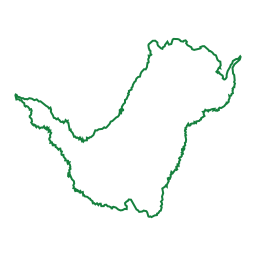 the district of La Esperanza, Norte de Santander, Colombia
{"feature_id": "7082276B65622442021238", "entity_name": "La Esperanza", "entity_type": "district", "adm_level": 2, "iso_a3": "COL", "parent_name": "Colombia", "parent_adm1": "Norte de Santander", "projection": "equal_earth", "projection_center": [-73.378, 7.696], "detail": "fine", "context": "isolated", "style": "outline", "palette": "green", "viewbox_px": 256, "rotation_deg": 0, "n_neighbors": 0, "source": "geoboundaries", "source_scale": "gbopen_adm2", "svg_char_len": 5792}
<svg xmlns="http://www.w3.org/2000/svg" viewBox="0 0 256 256"><path d="M15.7,94.5L15.4,95.3L16.4,99.5L17.9,99.1L19.3,99.5L20.1,100.5L21.5,100.3L22.5,102.1L24.2,103.1L24.6,105.8L25.6,106.6L26.3,106.0L27.9,106.7L29.6,108.9L29.7,109.7L31.1,109.2L31.7,110.8L31.1,112.4L31.3,113.6L30.8,115.0L29.7,116.0L29.7,117.0L31.6,119.0L32.0,121.5L31.2,122.4L32.6,124.6L33.6,125.3L34.0,124.5L35.5,125.3L35.5,126.2L36.4,127.3L37.1,126.4L38.4,126.5L39.6,128.4L41.2,127.5L42.7,127.7L44.0,126.3L44.8,128.2L45.8,128.9L45.5,127.8L46.5,128.3L47.1,127.2L47.6,127.8L47.2,128.3L47.4,129.1L48.3,128.4L48.1,129.6L49.2,129.7L48.8,131.7L50.3,130.9L50.2,132.0L51.2,132.9L50.0,135.0L50.3,137.1L49.3,138.4L49.3,139.6L50.7,141.5L50.4,142.8L52.0,142.5L52.6,144.8L53.4,144.3L53.8,144.5L53.7,145.3L55.5,145.1L55.7,147.1L56.6,147.4L58.4,149.6L59.0,148.8L60.3,148.6L60.8,151.0L61.9,151.5L61.4,153.0L61.5,154.6L62.0,155.0L63.4,154.9L63.6,156.7L65.6,159.1L65.2,160.4L68.0,160.8L68.1,161.4L67.4,162.3L67.7,163.3L68.3,162.5L69.5,162.3L69.0,163.9L69.9,164.8L70.4,167.0L69.8,167.8L70.5,168.9L69.2,170.1L69.6,172.5L68.3,173.1L68.1,176.2L68.7,176.7L70.0,174.8L71.9,179.2L73.9,181.2L74.2,183.6L73.3,185.3L73.9,186.9L73.4,188.2L75.1,188.7L74.9,190.3L75.3,191.1L76.1,190.9L76.4,189.6L77.5,190.1L77.7,191.1L78.7,190.9L79.4,192.2L80.4,191.2L80.8,192.6L82.8,192.0L83.2,195.4L84.1,195.2L84.6,196.3L87.4,196.9L89.2,198.5L90.1,198.7L90.4,199.6L92.7,201.4L92.6,202.7L93.0,203.4L94.1,203.1L95.4,204.4L97.0,203.3L98.4,205.1L99.4,203.8L100.7,203.7L101.3,206.1L103.8,206.1L104.6,204.9L106.2,204.7L107.7,206.3L108.9,206.3L111.1,207.4L111.5,208.4L112.2,208.4L112.7,207.1L113.3,206.8L115.8,207.5L118.4,209.6L120.6,210.4L122.5,210.1L124.7,208.9L126.7,209.1L126.8,206.2L125.4,205.0L125.0,203.1L126.7,201.4L127.7,201.1L128.7,199.5L131.0,199.7L136.5,209.5L138.0,210.3L139.2,211.9L142.3,211.5L143.6,210.6L146.4,211.2L147.2,212.4L148.4,216.4L149.2,216.8L150.4,216.4L151.5,217.1L154.7,215.4L156.9,215.1L157.1,213.6L158.3,213.2L159.7,211.0L160.8,210.6L161.7,207.2L160.8,206.2L162.1,204.5L161.9,203.0L161.0,201.7L162.6,199.7L162.0,196.6L163.2,193.2L162.3,188.5L165.1,186.6L165.7,185.6L166.8,186.6L166.8,184.9L168.8,181.0L168.0,179.6L167.8,178.3L168.7,177.9L169.3,179.1L169.8,179.0L170.7,176.8L170.6,174.7L171.4,174.3L171.1,172.8L171.4,171.8L172.8,173.1L175.3,169.6L176.4,170.0L177.2,169.4L176.3,167.7L176.3,166.8L177.4,166.6L177.5,164.8L178.6,165.5L178.5,163.6L179.2,163.0L179.1,161.4L180.2,159.9L179.1,158.4L180.0,157.3L180.9,157.1L181.8,156.0L181.7,154.6L183.0,153.8L182.7,152.9L181.8,152.5L182.7,151.3L181.9,150.1L182.0,149.1L183.1,148.7L183.1,150.1L184.1,149.6L184.4,148.2L183.4,147.6L183.4,146.9L185.2,145.4L184.9,142.9L185.8,142.1L186.1,139.5L185.3,135.4L186.0,135.0L185.2,133.6L185.8,132.1L184.9,130.9L185.2,129.6L185.9,129.4L185.4,128.0L186.3,127.4L187.0,125.5L188.0,125.1L187.8,124.5L188.2,123.8L189.0,125.6L189.9,125.6L190.7,124.8L190.7,124.0L191.5,123.6L194.3,123.4L194.4,122.0L196.1,123.0L196.4,121.4L199.3,120.9L200.1,119.8L201.0,119.5L201.1,118.2L204.5,116.0L203.6,114.0L203.8,112.8L203.0,111.8L204.5,111.4L205.3,109.8L206.3,110.5L207.1,110.2L208.2,111.3L209.0,110.0L209.8,110.3L211.1,109.5L212.3,109.1L213.0,109.5L213.4,108.9L214.5,108.8L213.7,110.3L214.6,110.0L215.6,110.6L216.7,109.9L217.2,110.8L218.9,110.0L218.7,108.7L219.5,107.7L221.2,108.0L224.3,106.1L226.6,103.1L226.7,101.7L227.2,103.2L228.7,101.8L228.7,100.0L229.7,97.9L229.3,95.7L229.9,96.1L231.2,95.5L231.5,94.0L232.9,93.2L232.5,90.7L233.0,89.7L232.5,88.8L233.7,87.1L234.3,87.2L234.5,84.8L235.0,83.6L234.1,82.0L234.7,80.5L234.2,75.0L233.1,73.6L232.5,67.9L234.4,64.4L239.8,59.6L240.6,56.9L240.2,56.3L238.3,58.8L236.0,59.1L232.9,61.0L232.1,63.6L230.7,65.0L230.2,66.7L227.7,71.0L226.7,74.5L226.6,77.4L225.2,79.2L224.2,79.5L222.7,78.3L223.0,77.3L222.6,75.6L219.6,73.6L219.2,72.3L218.3,72.0L217.7,72.9L216.4,71.8L217.6,70.4L218.6,68.1L219.1,67.7L220.1,68.1L219.7,67.0L220.7,65.4L220.3,61.6L219.0,61.2L217.5,59.8L216.0,55.4L213.8,54.4L212.4,52.5L210.2,51.0L209.2,51.1L208.5,49.9L204.3,46.2L202.7,46.2L200.3,47.1L200.6,48.3L199.8,48.6L194.2,49.9L192.1,49.2L191.3,47.2L187.5,45.2L186.1,43.2L186.9,41.9L185.6,40.4L183.9,40.8L183.2,41.6L180.8,41.2L179.5,39.7L177.9,39.1L173.7,38.9L172.7,39.5L171.3,44.0L168.9,44.6L167.4,41.7L165.0,44.9L164.7,46.3L162.9,47.3L162.4,48.8L161.0,48.3L158.0,45.6L157.4,44.0L157.4,42.5L155.2,40.7L152.7,40.8L148.7,44.3L148.4,45.3L148.9,48.7L149.5,49.5L149.5,50.2L150.5,51.0L150.4,53.5L151.3,54.7L150.3,55.5L148.7,55.5L149.1,57.5L148.2,59.2L148.7,62.1L148.3,62.7L147.5,62.9L146.9,67.2L145.7,69.4L144.1,69.2L141.5,72.0L140.6,73.8L140.0,76.6L138.1,77.0L136.4,78.6L135.5,81.3L134.5,81.9L132.9,84.8L132.6,86.7L131.5,87.8L131.6,89.5L128.9,90.9L129.0,92.5L128.1,93.4L128.8,94.6L128.0,95.4L126.6,98.9L125.0,100.0L125.0,102.7L123.4,104.2L121.9,106.7L121.8,108.5L123.1,109.6L123.1,110.3L122.2,110.7L120.5,109.4L119.7,110.1L119.8,111.5L121.2,112.1L121.1,113.4L120.4,113.4L119.7,112.6L119.1,115.1L118.0,116.6L116.3,117.4L112.4,121.0L110.7,121.6L109.6,123.9L106.3,127.6L105.2,127.9L104.2,127.3L102.3,128.9L98.7,129.3L97.0,130.5L95.3,130.3L93.4,135.1L90.9,137.2L89.7,137.3L88.7,138.3L86.9,137.7L86.9,140.3L84.2,140.5L83.5,141.4L82.9,139.8L82.6,141.4L82.1,141.5L81.2,139.0L80.4,139.2L80.3,138.2L79.3,139.0L79.3,137.9L78.6,138.5L77.2,137.5L76.3,137.9L75.1,136.5L74.1,136.8L72.7,133.1L70.8,130.9L70.7,129.6L69.6,129.9L68.4,122.9L67.4,122.4L67.7,120.8L66.7,121.1L65.6,120.1L65.2,121.2L63.7,122.9L62.8,121.5L62.1,122.0L60.6,121.8L59.2,119.8L58.4,119.5L57.9,118.4L56.4,119.3L55.3,118.2L53.8,117.8L52.9,115.3L51.2,112.5L50.8,111.2L51.1,109.8L50.4,107.6L49.1,108.5L47.7,106.7L46.3,106.0L40.5,101.3L38.9,101.5L36.7,99.4L34.3,100.2L31.9,98.7L29.3,98.2L27.3,99.4L26.2,99.0L24.6,99.2L23.1,98.2L21.4,98.2L19.5,97.1L17.7,96.9L16.6,94.9L15.7,94.5Z" fill="none" stroke="#15803d" stroke-width="2"/></svg>